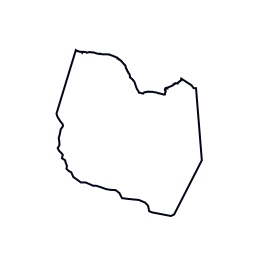 Imul, Aimeliik, Palau (Robinson projection), rotated 125°
{"feature_id": "81905179B52447266125366", "entity_name": "Imul", "entity_type": "district", "adm_level": 2, "iso_a3": "PLW", "parent_name": "Palau", "parent_adm1": "Aimeliik", "projection": "robinson", "projection_center": [134.509, 7.414], "detail": "fine", "context": "isolated", "style": "outline", "palette": "ink", "viewbox_px": 256, "rotation_deg": 125, "n_neighbors": 0, "source": "geoboundaries", "source_scale": "gbopen_adm2", "svg_char_len": 2698}
<svg xmlns="http://www.w3.org/2000/svg" viewBox="0 0 256 256"><g transform="rotate(125 128 128)"><path d="M57.0,112.7L57.5,112.5L58.0,112.2L58.3,111.8L59.3,112.2L59.5,112.1L60.1,112.5L60.5,112.7L61.1,112.7L61.5,112.6L61.8,112.9L62.1,112.8L62.6,113.2L63.2,113.0L63.5,114.0L63.9,114.4L64.1,114.8L64.5,114.8L64.7,115.2L65.2,115.1L66.1,115.8L66.4,115.4L67.3,115.7L69.7,117.1L72.0,118.7L72.5,118.8L73.0,118.4L73.1,118.6L72.9,118.9L72.9,119.4L73.2,119.7L73.9,120.2L74.5,120.1L75.0,119.4L75.6,119.7L75.9,119.5L76.1,119.1L76.0,118.6L76.1,118.3L76.9,117.9L77.8,117.8L78.6,117.6L79.3,117.0L80.3,118.1L80.6,119.6L81.5,121.7L81.6,122.5L82.0,122.7L82.2,122.9L82.2,123.4L82.6,124.9L82.8,125.6L83.1,126.0L83.6,126.8L83.9,127.9L84.5,129.0L85.3,130.2L85.8,130.5L86.3,132.0L86.7,132.2L86.9,132.6L87.7,133.2L87.9,133.7L88.3,133.8L88.6,134.0L88.9,134.7L89.7,135.2L90.7,135.4L91.2,135.4L91.9,137.4L92.3,138.5L92.8,139.4L92.2,139.9L91.8,140.8L90.9,143.1L89.9,144.6L88.3,146.8L87.2,148.2L87.0,148.6L86.6,149.1L86.2,150.1L86.2,150.8L85.7,151.5L85.7,152.5L85.5,152.8L85.5,154.1L85.4,155.5L84.5,155.9L84.0,156.7L83.5,157.0L82.8,158.2L82.9,158.7L82.7,159.4L82.2,159.8L82.0,160.3L81.8,160.5L81.8,160.9L81.5,161.6L81.0,162.1L81.0,162.5L80.6,162.8L80.4,163.3L80.3,163.8L79.7,164.3L79.6,164.8L79.0,165.2L78.4,165.9L78.1,166.7L78.2,167.2L77.9,167.8L78.0,168.3L77.7,168.9L77.6,169.8L77.2,170.7L77.3,171.4L76.9,172.1L76.9,173.8L77.1,174.2L76.7,174.6L76.9,175.7L77.1,176.3L76.7,176.4L76.5,177.0L76.9,177.9L76.9,179.0L77.1,179.4L77.1,180.0L77.5,180.7L77.5,181.9L78.1,183.3L78.4,185.2L78.9,185.8L79.0,186.4L81.5,190.1L82.4,191.3L83.0,193.0L83.1,193.4L83.5,193.8L83.9,193.9L84.1,194.8L84.9,196.3L85.0,196.9L85.4,197.8L85.6,199.1L86.1,200.0L86.5,200.2L86.7,200.7L87.3,202.1L87.6,202.4L87.7,203.0L88.4,203.6L89.1,204.2L89.8,204.7L90.1,206.1L90.5,206.7L90.8,207.7L91.3,208.5L91.5,208.7L92.0,208.6L92.3,208.9L92.7,208.8L92.6,209.3L92.5,209.7L92.4,210.0L92.7,210.6L93.1,211.0L93.4,211.6L93.5,212.5L93.7,212.9L93.7,213.4L93.9,213.7L94.2,213.8L94.4,214.5L94.1,214.6L94.1,215.4L129.1,204.0L157.3,194.8L158.8,192.8L159.7,191.4L160.2,189.9L161.3,187.6L162.0,184.8L162.6,183.3L164.0,182.3L166.0,182.3L167.1,182.4L168.0,182.2L172.2,180.3L175.9,179.0L179.0,176.1L181.1,174.5L183.0,174.1L184.8,174.1L186.4,170.9L186.6,168.7L187.3,166.1L190.7,164.7L190.5,161.0L192.2,159.1L193.9,156.4L196.7,155.0L197.2,151.6L196.8,149.1L199.5,144.7L199.6,135.3L196.9,131.4L195.2,123.2L193.6,121.1L192.2,116.7L190.7,111.1L189.0,107.4L186.0,102.5L186.2,97.8L188.9,92.7L185.8,86.8L180.7,77.8L179.3,71.2L180.1,67.1L184.0,62.9L183.4,60.1L175.5,42.4L172.4,40.6L112.1,49.0L56.4,95.1L57.7,97.1L56.6,100.3L57.0,112.7Z" fill="none" stroke="#020617" stroke-width="2"/></g></svg>